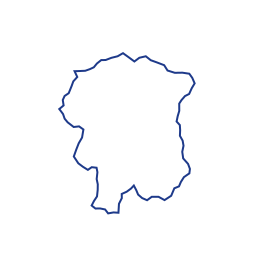 outline of Itapevi, São Paulo, Brazil, rotated 313°
{"feature_id": "56859067B43997995571258", "entity_name": "Itapevi", "entity_type": "district", "adm_level": 2, "iso_a3": "BRA", "parent_name": "Brazil", "parent_adm1": "São Paulo", "projection": "albers", "projection_center": [-46.972, -23.55], "detail": "fine", "context": "isolated", "style": "outline", "palette": "blue", "viewbox_px": 256, "rotation_deg": 313, "n_neighbors": 0, "source": "geoboundaries", "source_scale": "gbopen_adm2", "svg_char_len": 1258}
<svg xmlns="http://www.w3.org/2000/svg" viewBox="0 0 256 256"><g transform="rotate(313 128 128)"><path d="M133.1,50.2L130.7,56.1L124.8,56.2L120.1,58.2L113.0,60.9L108.2,59.8L104.0,61.2L100.6,65.5L95.0,64.8L93.9,71.0L91.6,75.3L91.0,80.0L91.7,87.6L95.8,91.1L96.5,96.4L89.7,100.9L83.2,102.4L76.9,104.9L70.2,107.8L68.3,115.7L68.9,121.5L70.0,127.2L74.6,128.2L77.5,132.1L74.8,135.8L69.3,139.9L66.2,144.3L62.0,148.1L56.8,152.0L51.4,152.9L46.5,154.3L46.9,159.1L50.1,162.4L52.8,166.8L52.0,171.7L56.4,175.0L59.5,178.8L66.4,173.1L72.5,171.3L75.5,168.4L80.5,170.5L85.8,171.5L89.9,171.5L88.1,176.6L86.2,180.8L86.4,186.1L88.2,191.2L93.9,192.3L98.5,197.2L100.2,203.9L107.9,205.8L115.5,203.0L120.1,205.1L124.5,203.5L130.2,202.4L136.7,203.8L140.3,201.2L142.7,196.4L143.4,189.1L147.6,183.9L152.9,180.7L156.0,176.6L157.7,171.3L162.0,167.6L165.5,163.9L165.9,159.1L170.5,156.3L175.5,153.8L180.8,148.8L184.8,148.1L190.2,147.9L194.6,149.5L200.5,147.5L206.1,146.3L208.5,140.8L209.5,135.8L205.5,130.0L200.3,124.6L197.0,117.7L198.6,111.6L195.5,104.0L193.1,98.4L192.6,92.1L187.1,88.4L181.0,87.3L180.2,80.3L179.3,73.3L173.4,71.5L168.0,68.0L162.5,65.3L159.4,62.1L154.0,61.3L149.1,61.6L145.1,60.0L140.7,57.7L136.5,53.6L133.1,50.2Z" fill="none" stroke="#1e3a8a" stroke-width="2"/></g></svg>